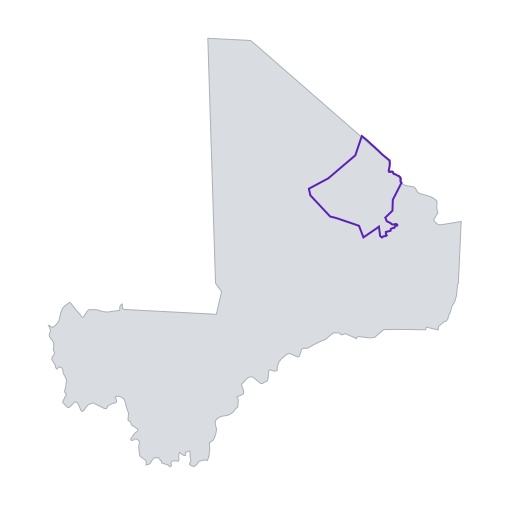 location of Tessalit, Kidal, Mali, rotated 3°
{"feature_id": "8926073B10282848961107", "entity_name": "Tessalit", "entity_type": "district", "adm_level": 2, "iso_a3": "MLI", "parent_name": "Mali", "parent_adm1": "Kidal", "projection": "natural_earth1", "projection_center": [1.279, 20.161], "detail": "fine", "context": "in_parent", "style": "outline", "palette": "violet", "viewbox_px": 512, "rotation_deg": 3, "n_neighbors": 0, "source": "geoboundaries", "source_scale": "gbopen_adm2", "svg_char_len": 5689}
<svg xmlns="http://www.w3.org/2000/svg" viewBox="0 0 512 512"><g transform="rotate(3 256 256)"><path d="M73.5,405.6L73.7,403.5L72.0,401.9L72.0,401.2L73.0,394.9L72.9,393.3L73.6,390.1L72.6,388.7L72.4,387.6L69.8,383.5L69.1,380.0L67.8,377.7L64.7,377.0L63.6,379.0L62.9,379.3L61.8,377.9L61.4,376.7L61.4,375.6L57.5,370.1L57.8,367.2L59.3,365.7L59.9,363.1L58.5,360.3L58.8,357.5L58.6,353.6L56.4,350.2L54.9,348.6L53.6,346.3L54.7,340.8L52.5,336.1L56.8,338.0L58.8,336.3L60.9,333.9L62.6,330.8L63.4,326.9L63.8,323.5L65.6,318.3L67.7,315.8L72.0,312.2L73.2,312.5L80.1,320.3L84.0,324.2L85.5,326.3L86.8,326.3L88.8,322.5L90.9,319.2L91.8,318.4L98.8,318.0L102.5,318.6L105.7,319.5L110.4,319.8L122.6,317.4L122.8,315.8L122.6,314.0L123.2,312.6L124.2,311.3L125.0,311.0L125.4,315.4L126.4,316.1L129.3,316.3L219.5,316.3L223.5,293.5L217.0,285.3L196.5,41.1L239.3,41.1L246.6,46.6L383.6,154.0L384.3,157.5L384.1,162.2L385.2,163.7L387.2,165.3L395.0,169.8L395.6,170.7L395.9,172.6L396.8,175.0L398.5,176.3L400.4,177.3L402.8,178.0L409.9,178.7L411.4,179.8L414.4,184.1L416.1,184.9L425.7,187.2L428.8,188.3L432.2,190.3L434.0,192.0L433.9,198.7L435.3,203.0L435.2,204.1L433.7,205.9L433.4,207.1L431.6,210.5L432.0,211.9L435.3,214.5L437.0,215.2L438.9,215.2L459.1,210.8L459.5,272.9L458.8,273.9L458.3,284.9L456.8,291.4L454.2,296.1L452.6,303.3L451.6,304.7L450.9,308.8L449.4,311.1L446.8,312.1L442.1,316.7L441.7,320.3L430.8,318.3L430.0,318.3L429.6,318.8L429.3,320.8L401.2,321.9L387.4,322.8L378.7,331.1L373.1,331.9L366.0,331.2L362.4,331.2L361.0,331.7L360.7,333.2L349.5,328.9L345.4,330.3L344.7,329.8L344.1,328.9L342.1,328.4L338.9,328.6L336.6,329.2L329.5,335.8L325.6,337.5L318.5,341.4L313.5,344.8L311.7,345.5L308.9,345.6L306.6,346.3L304.5,353.9L303.1,354.7L294.7,351.6L292.9,352.1L291.5,353.0L286.7,357.4L284.3,361.0L283.0,365.7L283.2,368.8L282.4,369.7L280.2,370.0L276.3,369.0L275.0,369.4L274.5,371.7L274.6,376.8L273.7,380.3L271.3,381.4L269.5,382.8L268.1,383.1L266.9,382.8L260.1,377.6L257.7,376.8L255.2,377.4L252.7,379.6L248.3,385.0L248.7,386.9L249.9,389.1L250.8,391.9L250.7,394.4L244.4,397.9L245.9,400.5L245.7,407.6L242.7,410.8L241.7,412.8L238.9,415.1L236.5,416.4L228.8,418.2L225.8,420.5L224.3,422.3L224.0,424.2L224.2,426.5L225.7,431.1L225.2,435.3L223.9,440.2L222.7,442.4L219.2,445.0L219.7,448.2L219.9,452.8L219.4,458.7L218.2,462.8L217.4,462.4L214.0,462.6L210.3,463.8L209.0,464.8L208.7,466.2L205.5,469.4L203.5,469.2L201.5,468.4L200.5,467.5L200.4,467.0L201.6,464.4L201.7,463.5L200.5,458.9L200.7,457.8L200.3,454.3L200.0,454.2L195.9,455.7L195.7,456.3L196.3,458.5L195.9,458.9L194.5,458.9L192.5,458.1L190.2,456.1L189.7,456.8L189.4,458.4L189.3,460.3L189.8,463.7L189.2,465.0L185.7,464.8L182.8,465.2L182.1,466.4L181.8,467.8L182.5,469.3L182.4,470.0L181.2,470.9L180.6,470.9L179.0,469.2L172.6,467.6L172.1,465.2L171.3,465.2L169.3,462.4L168.4,462.4L167.7,462.9L165.2,462.7L163.0,465.2L161.4,468.2L159.7,469.7L157.0,470.4L157.4,468.4L156.6,465.8L151.1,462.4L150.2,461.0L148.9,453.4L149.0,451.2L149.4,449.2L149.2,447.6L148.6,446.5L147.0,445.3L145.2,444.8L143.0,446.3L141.9,446.6L141.0,446.5L140.5,445.9L140.5,445.2L143.0,441.1L144.1,439.4L146.5,437.4L147.1,436.4L147.2,435.6L147.0,435.0L145.4,434.3L143.0,432.4L141.7,432.2L140.6,431.3L139.5,428.4L139.0,427.8L137.8,427.5L136.8,426.7L136.9,419.6L134.6,414.2L132.6,407.3L131.5,405.7L129.6,404.3L127.3,403.4L125.2,403.2L122.8,403.9L122.9,404.5L124.1,406.7L124.4,408.0L124.1,409.1L123.7,409.9L120.5,410.7L116.2,413.2L114.8,416.1L113.8,416.4L112.2,416.1L101.0,411.2L96.2,413.3L93.1,417.6L92.4,419.0L90.9,420.2L90.1,420.2L89.3,419.4L86.1,412.9L84.7,411.4L82.9,411.3L81.4,412.4L79.8,414.6L77.8,416.6L76.5,417.2L75.4,416.9L70.8,412.5L70.6,411.6L72.8,406.4L73.5,405.6Z" fill="#d9dde1" stroke="#a8b0b8" stroke-width="1"/><path d="M362.3,231.8L374.7,222.3L377.2,220.2L378.9,229.5L380.8,230.9L382.3,229.6L384.0,229.4L385.1,229.0L385.5,228.5L384.6,227.4L384.4,225.2L389.0,223.8L389.2,221.9L390.9,221.0L392.8,220.6L393.3,218.7L395.4,218.2L395.4,217.4L394.4,216.7L392.4,217.1L390.8,217.4L389.8,217.1L388.8,216.2L387.5,215.6L384.8,214.5L383.1,210.9L389.9,203.6L389.7,192.7L397.5,175.1L397.4,175.0L397.3,174.9L397.2,174.9L397.0,174.7L396.8,174.5L396.5,174.3L396.5,174.2L396.4,173.8L396.4,173.7L396.5,173.6L396.6,173.4L396.5,173.1L396.4,173.1L396.3,172.9L396.4,172.6L396.5,172.4L396.6,172.2L396.6,171.9L396.5,171.7L396.4,171.7L396.3,171.4L396.4,171.2L396.2,171.0L396.2,170.9L396.3,170.8L396.4,170.7L396.2,170.4L396.0,170.2L395.9,170.0L395.8,169.8L395.8,169.7L395.6,169.6L395.4,169.4L395.2,169.3L395.0,169.2L394.8,169.1L394.7,168.9L394.6,168.7L394.4,168.6L394.2,168.5L393.9,168.5L393.8,168.4L393.7,168.2L393.7,168.3L393.5,168.2L393.4,168.2L393.2,168.2L392.6,168.0L392.3,167.9L392.1,167.8L391.9,167.7L391.5,167.4L391.4,167.3L391.1,167.2L390.8,167.1L390.2,166.9L389.9,166.8L389.8,167.0L389.6,167.0L389.5,166.9L389.4,166.8L389.3,166.7L389.2,166.6L388.8,166.3L388.6,166.0L388.5,165.8L388.5,165.6L388.5,165.4L388.5,165.2L388.3,165.1L388.2,164.9L387.9,164.6L387.7,164.5L387.3,164.5L387.2,164.5L386.9,164.7L386.7,164.7L386.4,164.6L386.1,164.7L386.0,164.9L385.9,165.0L385.6,165.0L385.3,165.1L385.0,165.1L384.7,165.0L384.4,164.9L384.2,164.8L384.1,164.6L384.1,164.4L384.1,163.9L384.1,163.7L384.2,163.0L384.2,162.5L384.3,162.3L384.4,161.8L384.5,161.5L384.5,161.1L384.6,160.6L384.7,159.8L384.8,159.3L384.8,158.6L384.8,158.4L384.8,157.8L384.8,157.2L384.8,155.8L384.6,154.6L384.5,153.6L384.2,153.4L383.3,152.8L383.0,152.6L380.2,150.5L377.3,148.4L375.5,146.9L373.9,145.5L371.9,143.7L370.2,142.4L368.6,140.9L366.3,139.2L364.6,137.8L361.7,135.3L358.4,132.8L355.4,130.7L349.9,150.3L333.9,165.4L324.1,174.7L305.3,186.0L307.1,192.6L328.0,212.7L333.8,213.8L351.6,218.8L357.3,220.5L362.3,231.8Z" fill="none" stroke="#5b21b6" stroke-width="2"/></g></svg>